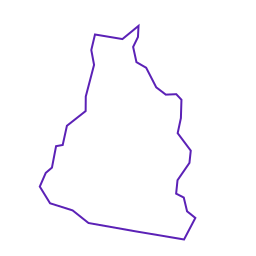 outline of Cook, Georgia, United States of America, rotated 8°
{"feature_id": "52423323B52740470378798", "entity_name": "Cook", "entity_type": "district", "adm_level": 2, "iso_a3": "USA", "parent_name": "United States of America", "parent_adm1": "Georgia", "projection": "robinson", "projection_center": [-83.428, 31.189], "detail": "fine", "context": "isolated", "style": "outline", "palette": "violet", "viewbox_px": 256, "rotation_deg": 8, "n_neighbors": 0, "source": "geoboundaries", "source_scale": "gbopen_adm2", "svg_char_len": 569}
<svg xmlns="http://www.w3.org/2000/svg" viewBox="0 0 256 256"><g transform="rotate(8 128 128)"><path d="M124.2,25.4L110.1,40.7L82.3,40.0L80.8,55.9L85.6,70.2L81.8,102.7L83.7,117.1L67.2,134.3L65.7,153.9L59.3,156.0L58.2,177.8L52.8,183.9L48.8,198.3L61.3,213.4L84.6,217.3L102.1,227.6L150.4,229.3L199.0,230.6L207.2,207.7L198.1,202.3L192.9,189.1L184.8,186.3L184.3,172.8L193.7,154.0L193.3,141.7L177.9,126.2L179.0,110.8L177.0,92.6L171.1,87.8L160.8,89.7L150.3,83.8L137.6,65.8L127.2,61.6L121.8,47.0L125.2,36.5L124.2,25.4Z" fill="none" stroke="#5b21b6" stroke-width="2"/></g></svg>